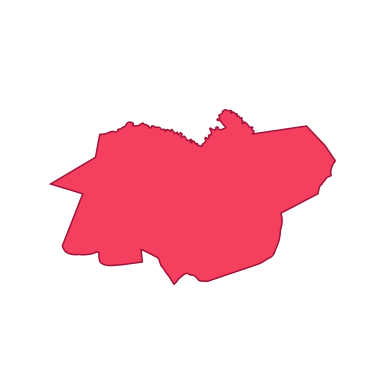 the district of Fraternidad, Ocotepeque, Honduras, rotated 240°
{"feature_id": "27666195B9362157023488", "entity_name": "Fraternidad", "entity_type": "district", "adm_level": 2, "iso_a3": "HND", "parent_name": "Honduras", "parent_adm1": "Ocotepeque", "projection": "robinson", "projection_center": [-89.047, 14.583], "detail": "fine", "context": "isolated", "style": "filled", "palette": "rose", "viewbox_px": 384, "rotation_deg": 240, "n_neighbors": 0, "source": "geoboundaries", "source_scale": "gbopen_adm2", "svg_char_len": 6120}
<svg xmlns="http://www.w3.org/2000/svg" viewBox="0 0 384 384"><g transform="rotate(240 192 192)"><path d="M133.7,307.9L137.1,316.1L136.6,320.7L140.1,322.1L142.4,324.2L144.3,326.2L145.6,328.1L147.1,331.4L147.9,331.7L165.8,330.4L191.9,324.1L211.9,273.6L212.5,274.3L212.9,275.5L213.4,276.0L213.8,276.1L214.2,276.1L214.5,275.9L215.1,275.3L215.5,275.1L215.9,275.1L216.4,275.3L216.7,275.5L216.9,275.9L217.1,276.4L217.4,276.6L217.7,276.8L218.0,276.7L218.3,276.6L218.5,276.3L218.6,275.9L218.5,275.3L218.6,275.0L218.7,274.6L219.0,274.4L223.2,273.7L224.9,273.2L226.0,272.8L226.3,272.5L226.3,272.0L226.2,271.6L225.7,271.1L225.7,270.7L225.8,270.3L226.2,270.0L226.5,270.0L226.9,270.1L227.1,270.4L227.4,271.0L228.0,271.4L228.6,271.4L229.4,271.0L229.9,271.0L230.2,271.3L230.5,272.1L230.9,272.3L231.2,272.2L231.5,272.0L231.7,271.2L232.0,270.7L232.7,270.5L233.7,270.5L234.3,270.3L234.7,269.9L235.1,269.1L235.4,268.9L235.7,268.8L236.0,269.0L236.2,269.7L236.4,269.9L236.7,270.0L237.1,269.9L237.5,269.6L238.1,269.0L238.7,268.5L239.4,268.1L240.4,267.8L240.8,267.5L241.0,267.2L241.0,266.9L240.6,266.3L240.6,265.9L240.7,265.6L240.9,265.3L241.3,265.2L241.7,265.4L241.9,265.7L242.0,266.3L242.3,266.6L242.6,266.7L243.0,266.6L243.5,266.0L243.8,264.8L244.3,264.1L244.9,263.4L246.0,262.7L246.4,262.1L246.7,261.6L246.8,260.9L246.8,260.0L246.6,259.0L246.4,258.6L246.1,258.2L245.0,257.5L244.8,256.9L245.1,253.7L243.6,253.2L242.1,252.9L241.7,252.6L241.5,252.2L241.6,251.7L241.8,251.4L242.3,251.1L242.5,250.7L242.4,250.2L242.1,249.9L241.7,249.8L241.2,250.0L240.8,250.4L240.6,251.1L240.4,251.5L240.1,251.7L239.8,251.9L237.8,252.4L233.9,252.9L231.8,253.5L231.1,253.5L230.9,253.3L230.9,252.0L231.1,250.1L231.4,248.7L231.8,247.4L232.3,246.8L232.9,246.5L233.6,246.5L234.4,246.9L234.8,246.9L235.2,246.8L235.6,246.4L235.8,246.1L236.0,245.7L236.0,245.4L235.9,245.0L235.7,244.7L235.4,244.5L234.7,244.4L234.4,244.2L234.1,243.8L234.2,243.4L234.7,242.5L235.9,241.2L236.9,240.5L238.0,240.0L238.2,239.8L238.2,239.5L238.1,239.2L237.8,239.0L236.7,239.0L236.0,239.0L233.9,238.4L232.7,237.9L231.9,237.4L231.8,237.0L231.9,236.7L232.1,236.5L232.6,236.1L232.8,235.7L232.9,235.3L232.8,234.9L232.6,234.5L232.2,234.2L231.8,234.1L231.2,234.2L230.8,234.0L230.4,233.5L230.3,232.9L230.4,232.4L230.7,232.0L231.1,231.8L231.8,231.7L232.1,231.5L232.3,231.0L232.2,230.5L232.0,230.1L231.6,229.9L231.2,229.8L230.5,229.9L230.1,229.9L229.7,229.7L229.4,229.3L228.8,228.3L228.4,227.3L228.2,226.5L228.2,225.3L228.1,224.7L227.9,224.5L227.6,224.3L226.9,224.2L226.7,224.0L226.6,223.7L226.6,223.3L227.0,222.9L227.8,222.3L228.3,221.9L228.8,221.3L229.2,220.6L229.7,220.1L229.9,220.1L230.1,220.1L230.6,220.8L231.1,220.8L231.3,220.7L231.5,220.5L231.7,219.6L231.8,219.3L232.0,219.2L232.5,219.1L233.4,219.3L234.0,219.3L234.9,219.0L235.5,218.6L235.7,218.3L235.7,217.8L235.5,217.5L234.9,217.1L234.8,216.6L234.9,216.1L235.2,215.8L235.6,215.7L236.1,215.9L236.3,216.3L236.4,217.0L236.8,217.5L237.3,217.7L237.8,217.6L238.1,217.3L238.3,216.8L238.3,216.3L238.0,215.7L237.9,215.2L238.0,214.7L238.4,214.3L239.4,213.9L240.8,213.6L241.7,213.5L243.1,213.6L244.0,213.4L244.3,213.0L244.5,212.5L244.5,212.1L244.3,211.4L244.4,210.9L244.7,210.5L245.1,210.3L245.7,210.3L246.1,210.6L246.3,211.0L246.5,211.8L246.9,212.2L247.5,212.4L248.3,212.2L248.9,211.8L249.0,211.1L248.9,210.6L248.5,210.1L248.3,209.8L248.3,209.4L248.4,209.0L248.7,208.7L249.2,208.6L249.6,208.7L250.0,209.1L250.3,209.2L250.6,209.2L251.0,209.1L251.2,208.7L251.3,208.3L251.3,208.0L251.0,207.5L251.0,207.1L251.1,206.7L251.3,206.4L251.6,206.3L252.0,206.2L252.8,206.4L253.2,206.4L253.6,206.2L254.2,205.8L254.6,205.7L255.0,205.7L255.6,206.0L255.9,206.0L256.2,205.8L256.3,205.5L256.3,205.1L256.1,204.8L255.6,204.7L255.4,204.6L255.3,204.2L255.3,203.9L255.6,203.6L256.7,203.1L257.4,202.7L258.1,202.2L258.6,201.6L258.7,201.3L258.7,201.0L258.5,200.7L258.1,200.4L258.0,200.0L258.0,199.6L258.2,199.3L258.4,199.2L258.7,199.1L259.0,199.1L259.3,199.4L259.6,199.5L259.9,199.4L260.2,199.3L260.6,198.7L260.9,197.5L261.3,197.0L262.0,196.6L262.5,196.5L263.5,196.5L264.2,196.1L264.9,195.4L265.6,193.9L266.3,193.0L267.0,192.4L268.3,191.7L269.0,191.0L269.2,190.4L269.2,189.9L269.0,189.5L268.4,189.0L268.2,188.6L268.3,188.1L268.5,187.6L268.8,187.4L269.3,187.2L269.7,187.3L270.4,187.5L271.1,187.4L271.5,187.0L271.9,186.4L272.1,186.2L272.3,186.2L272.8,186.3L273.3,186.1L273.5,185.8L273.9,185.0L274.5,184.5L275.0,184.2L275.9,184.2L276.2,184.0L276.4,183.5L276.4,182.7L276.4,181.1L276.3,179.3L276.4,178.5L277.6,175.9L278.7,174.2L279.2,173.7L279.5,173.7L279.8,174.0L279.8,174.8L280.1,175.2L280.4,175.3L280.7,175.4L281.4,175.2L282.3,174.7L283.1,173.9L283.9,172.6L284.2,171.8L284.1,170.7L283.7,169.4L283.3,168.5L282.5,167.7L282.2,167.0L282.2,166.4L282.6,165.3L282.7,164.4L282.6,163.5L282.2,162.3L282.1,161.6L282.3,161.0L283.0,160.3L283.2,159.6L283.1,159.3L283.0,159.0L282.3,158.4L282.0,158.0L281.9,157.6L281.9,156.8L282.1,156.1L282.4,155.3L282.9,154.8L283.9,154.1L284.1,153.7L284.5,153.0L284.8,151.6L285.1,150.4L285.4,147.5L285.6,146.2L286.0,145.1L286.7,143.9L287.9,140.8L270.3,125.8L269.7,73.5L245.0,96.5L210.1,52.7L208.0,52.4L205.8,52.3L203.2,52.7L200.3,54.5L198.4,56.4L197.2,57.9L195.8,60.1L194.4,62.8L192.7,65.3L191.3,67.7L190.4,69.7L188.9,73.3L188.3,75.6L187.9,77.8L187.7,79.2L187.0,80.4L186.3,81.2L184.3,80.0L182.1,78.9L179.5,77.8L176.9,77.4L173.8,78.9L171.6,81.1L170.6,82.3L169.2,84.2L164.1,94.8L156.2,114.0L167.6,119.1L164.7,121.4L160.9,124.0L152.7,129.2L150.6,129.7L148.8,129.4L144.1,128.4L140.5,128.9L134.9,129.3L130.3,129.9L121.1,130.3L121.9,133.5L122.8,135.5L123.6,137.8L124.7,144.1L124.4,146.3L124.1,146.9L123.8,147.3L121.7,148.6L121.2,149.0L119.2,151.4L118.1,152.3L117.4,152.6L116.8,152.8L112.4,153.7L111.8,153.9L111.2,154.3L110.4,155.2L109.6,156.8L108.4,158.1L107.4,160.0L106.8,161.4L96.3,214.1L96.1,217.9L96.3,224.9L96.1,226.3L96.2,227.6L96.3,228.9L96.7,230.1L97.2,231.3L97.8,232.4L99.6,234.6L104.0,240.3L107.0,243.6L110.7,246.7L112.6,248.0L114.5,249.4L115.9,250.6L118.6,253.3L120.9,255.0L122.7,256.0L124.7,257.0L126.4,257.6L128.5,258.1L129.2,258.4L127.5,300.2L131.8,304.1L133.1,305.6L133.6,306.9L133.7,307.9Z" fill="#f43f5e" stroke="#9f1239" stroke-width="1.5"/></g></svg>